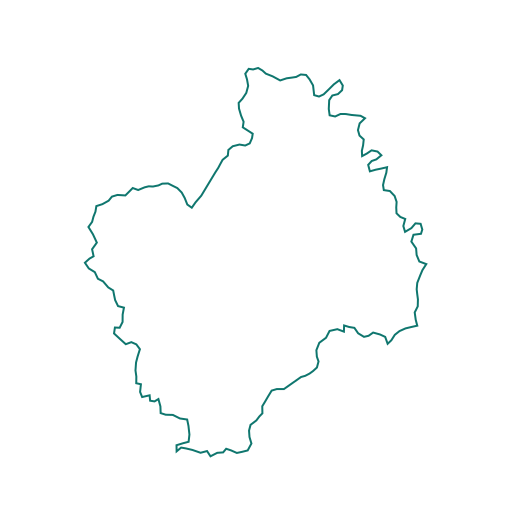 outline of André da Rocha, Rio Grande do Sul, Brazil, rotated 335°
{"feature_id": "56859067B25456576181088", "entity_name": "André da Rocha", "entity_type": "district", "adm_level": 2, "iso_a3": "BRA", "parent_name": "Brazil", "parent_adm1": "Rio Grande do Sul", "projection": "albers", "projection_center": [-51.497, -28.59], "detail": "fine", "context": "isolated", "style": "outline", "palette": "teal", "viewbox_px": 512, "rotation_deg": 335, "n_neighbors": 0, "source": "geoboundaries", "source_scale": "gbopen_adm2", "svg_char_len": 3014}
<svg xmlns="http://www.w3.org/2000/svg" viewBox="0 0 512 512"><g transform="rotate(335 256 256)"><path d="M410.0,173.1L402.1,168.5L397.4,165.3L392.6,163.0L386.7,163.0L382.2,159.6L384.1,153.5L388.2,145.7L393.0,142.8L398.7,143.9L404.1,142.1L406.7,138.2L406.0,131.9L399.2,133.3L391.4,136.1L385.6,138.1L380.5,138.1L376.7,134.8L379.8,125.5L379.2,118.5L377.9,113.1L373.3,110.4L368.1,110.7L364.0,109.5L358.9,107.9L352.1,107.1L347.0,100.2L342.0,94.9L340.2,90.6L337.4,86.5L332.2,85.7L328.5,83.3L323.3,86.3L322.5,92.1L320.8,98.5L316.1,104.1L310.2,107.7L305.0,109.9L302.9,115.2L301.8,122.4L301.5,129.1L298.4,133.8L304.7,143.8L302.2,147.5L297.9,151.3L292.9,151.3L288.1,148.0L281.3,146.7L275.8,148.2L272.9,153.1L266.4,154.7L262.7,157.4L259.0,160.2L254.5,163.0L231.9,178.2L223.9,181.8L218.2,185.1L215.5,180.3L215.9,173.3L215.5,167.1L213.4,161.2L210.2,157.2L207.0,153.1L201.6,150.8L197.4,150.8L192.0,149.5L188.2,147.5L184.1,146.7L177.1,146.4L173.0,142.3L168.7,143.9L163.2,145.9L156.2,142.1L150.5,141.3L145.8,143.6L138.7,144.1L132.4,143.3L129.2,148.0L125.3,151.7L121.9,155.8L116.4,158.9L117.4,167.4L117.4,176.6L110.3,180.6L108.7,187.6L104.0,188.0L98.1,189.8L99.2,196.6L103.1,202.5L103.1,209.8L106.7,214.4L108.8,222.0L112.0,226.9L110.8,231.7L109.7,236.4L109.8,243.1L114.5,247.0L110.4,252.7L107.2,259.4L102.1,263.4L97.9,261.2L94.6,266.2L97.5,273.3L100.7,280.9L106.6,281.4L110.2,285.5L111.4,291.4L106.1,297.2L102.3,301.8L98.4,308.8L96.6,314.7L93.7,320.7L97.5,323.6L93.5,330.2L93.2,335.7L100.7,337.3L98.9,342.4L102.6,344.9L107.1,344.4L105.8,351.9L103.2,358.1L107.1,361.7L113.5,364.9L118.4,371.1L124.5,375.1L123.0,381.4L120.2,389.7L116.4,395.9L111.0,394.9L104.0,393.9L101.5,399.5L107.2,398.0L111.2,400.8L116.4,404.9L122.6,410.9L129.2,412.1L130.1,418.3L137.7,418.0L143.2,420.1L147.5,418.1L151.2,421.6L155.4,426.4L160.6,427.6L166.3,428.7L172.6,424.0L173.6,417.3L175.9,411.3L179.7,406.7L186.8,405.2L191.3,402.8L195.3,401.3L198.2,394.8L202.4,392.0L207.6,388.4L213.3,384.6L218.7,385.4L225.0,388.4L245.7,384.7L249.9,385.4L254.8,385.2L259.0,384.4L264.1,382.8L268.1,378.0L268.6,373.0L270.9,366.9L276.7,361.4L284.9,359.7L291.0,355.0L298.8,356.7L303.7,361.7L306.5,356.2L310.4,359.7L314.8,362.7L315.9,369.2L319.7,374.9L324.3,375.9L329.8,374.9L335.2,379.5L338.9,383.9L338.2,391.2L343.0,389.6L348.5,386.1L354.3,384.7L360.9,384.8L366.8,386.0L372.7,387.3L373.8,381.3L376.0,374.2L381.3,370.0L384.4,363.8L386.1,358.4L387.6,354.0L390.8,348.5L396.7,342.9L400.9,339.1L406.9,335.3L401.7,330.0L402.0,323.0L404.3,316.8L402.9,308.6L407.7,303.3L414.9,305.6L417.9,302.3L418.8,296.4L414.3,293.8L408.6,296.4L401.3,297.1L402.2,291.1L406.9,285.5L403.3,281.6L401.4,276.7L403.6,271.3L406.3,266.4L407.0,260.2L404.8,253.7L399.7,250.3L401.1,245.4L404.8,240.6L409.3,235.6L412.3,230.9L406.5,229.7L401.1,228.4L395.0,227.4L396.2,220.8L401.0,218.8L405.9,219.3L412.2,217.7L410.3,212.7L405.4,209.1L399.7,210.0L394.4,210.3L396.4,205.4L399.8,201.0L402.9,195.9L400.7,190.6L401.6,185.0L406.0,179.6L413.0,177.2L410.0,173.1Z" fill="none" stroke="#0f766e" stroke-width="2"/></g></svg>